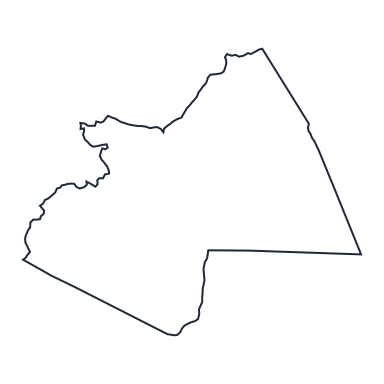 Pirapemas, Maranhão, Brazil
{"feature_id": "56859067B76556806546899", "entity_name": "Pirapemas", "entity_type": "district", "adm_level": 2, "iso_a3": "BRA", "parent_name": "Brazil", "parent_adm1": "Maranhão", "projection": "orthographic", "projection_center": [-44.224, -3.776], "detail": "fine", "context": "isolated", "style": "outline", "palette": "slate", "viewbox_px": 384, "rotation_deg": 0, "n_neighbors": 0, "source": "geoboundaries", "source_scale": "gbopen_adm2", "svg_char_len": 2055}
<svg xmlns="http://www.w3.org/2000/svg" viewBox="0 0 384 384"><path d="M86.5,181.6L86.8,184.8L84.0,187.2L79.7,188.5L76.4,186.8L74.2,183.8L70.9,183.6L67.8,183.9L65.0,184.8L61.9,185.3L60.2,187.6L56.9,188.6L55.2,192.5L51.8,195.5L48.3,198.5L44.9,200.0L43.2,203.5L40.0,205.8L44.1,210.6L43.7,213.8L40.8,216.3L40.1,219.1L37.0,219.6L33.3,219.6L30.4,222.3L30.1,227.5L28.0,230.3L26.8,233.2L25.5,236.3L25.1,239.3L25.5,242.8L27.2,246.0L28.3,248.5L30.0,251.9L27.4,254.9L25.8,257.7L23.0,259.7L42.3,270.5L51.2,275.6L75.3,287.3L154.7,327.7L167.8,334.3L171.2,334.7L174.1,335.3L177.3,334.9L180.3,332.1L181.9,328.7L184.5,325.6L188.1,323.6L191.6,322.1L195.1,321.1L198.0,319.0L199.3,314.0L198.9,309.7L200.3,306.2L202.2,302.1L202.2,297.1L202.6,292.8L202.7,288.6L204.5,280.5L203.5,269.3L204.7,262.5L207.1,258.2L208.3,250.3L249.1,250.6L325.4,253.2L361.0,254.4L359.5,250.5L335.1,190.3L327.8,172.5L319.0,151.0L314.4,141.2L312.0,137.9L310.2,133.2L308.5,131.0L308.0,127.9L308.9,123.8L262.2,48.7L258.7,49.7L255.6,51.5L250.7,54.1L248.0,53.1L243.8,55.6L239.1,56.7L235.8,55.0L231.5,55.7L226.9,54.1L224.9,57.3L226.1,59.9L226.3,63.6L224.9,68.6L223.6,71.7L220.8,73.4L216.5,74.1L210.3,74.7L207.8,77.8L206.9,81.2L205.5,83.8L202.6,86.9L200.3,90.2L198.6,92.4L196.8,96.8L194.0,100.3L191.7,102.7L189.5,105.6L186.7,108.4L185.4,110.8L183.7,113.6L181.5,117.5L176.8,119.3L172.4,122.0L170.1,124.0L167.3,125.9L164.1,128.6L163.4,132.2L161.0,129.1L157.2,127.1L153.6,127.4L150.2,128.2L145.9,126.7L142.3,126.1L137.9,126.0L131.8,125.1L128.0,124.3L124.2,122.9L120.9,122.0L115.5,118.7L112.6,117.8L108.0,115.8L105.6,118.6L103.5,121.5L100.7,122.6L96.3,121.5L94.9,125.8L91.1,125.8L87.9,125.8L85.0,123.6L80.4,122.9L80.9,126.1L80.6,129.0L84.0,128.4L84.1,131.4L83.0,134.5L85.0,139.6L88.1,142.4L90.1,144.8L93.2,146.7L97.2,146.1L102.0,145.0L106.6,144.3L107.7,147.6L105.4,149.3L102.4,148.4L100.9,152.0L99.9,156.1L101.7,159.8L103.9,162.2L107.2,166.6L108.8,170.5L109.1,173.6L105.0,174.4L103.0,178.3L99.2,178.2L97.3,180.3L97.6,184.1L95.4,186.7L90.7,183.8L86.5,181.6Z" fill="none" stroke="#1e293b" stroke-width="2"/></svg>